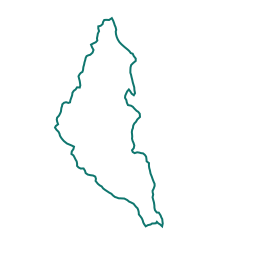 Ipuiúna, Minas Gerais, Brazil (Albers equal-area conic projection), rotated 137°
{"feature_id": "56859067B76298814217950", "entity_name": "Ipuiúna", "entity_type": "district", "adm_level": 2, "iso_a3": "BRA", "parent_name": "Brazil", "parent_adm1": "Minas Gerais", "projection": "albers", "projection_center": [-46.134, -22.005], "detail": "fine", "context": "isolated", "style": "outline", "palette": "teal", "viewbox_px": 256, "rotation_deg": 137, "n_neighbors": 0, "source": "geoboundaries", "source_scale": "gbopen_adm2", "svg_char_len": 2902}
<svg xmlns="http://www.w3.org/2000/svg" viewBox="0 0 256 256"><g transform="rotate(137 128 128)"><path d="M98.2,214.2L99.2,211.7L100.0,208.6L102.5,207.3L105.6,207.3L107.6,208.3L109.3,208.8L111.2,208.1L112.9,206.9L115.0,205.7L116.9,204.3L119.1,203.0L121.3,201.1L123.1,200.1L124.9,200.5L126.7,200.3L128.9,199.6L130.1,197.5L131.2,195.4L132.3,193.8L133.8,191.7L135.7,190.5L137.5,192.5L140.1,191.9L142.1,192.2L144.5,191.7L146.6,190.0L148.7,188.9L151.2,187.6L152.9,186.3L154.5,187.0L155.7,189.1L157.6,190.1L159.9,190.1L161.3,189.0L163.0,188.1L164.5,186.9L165.8,185.8L167.5,185.0L170.0,184.1L172.8,183.9L174.3,182.8L175.4,181.1L176.6,178.4L179.4,178.7L181.1,178.1L181.5,175.5L181.4,172.6L182.0,170.6L183.0,168.8L183.5,166.7L183.7,164.7L183.8,162.3L183.5,160.1L183.2,158.2L182.2,156.0L181.1,153.5L180.2,151.2L182.3,149.8L185.1,149.2L187.1,147.6L186.6,145.2L187.1,143.2L187.9,140.6L188.3,138.6L189.5,136.7L191.1,135.0L191.1,132.9L190.3,130.7L188.1,128.7L188.6,126.1L189.7,123.9L189.2,121.4L187.7,119.2L185.9,117.0L185.1,114.8L186.1,112.7L187.8,111.4L188.1,107.8L187.8,105.3L187.1,103.2L187.4,100.8L187.0,98.5L186.4,96.0L185.8,93.5L185.0,91.2L185.0,88.9L184.6,86.5L183.7,84.9L182.8,83.0L181.0,81.2L178.8,78.9L177.7,75.8L177.4,73.4L176.6,71.6L175.6,68.8L175.8,66.7L175.9,64.8L175.8,62.8L176.5,61.0L177.5,59.2L179.0,57.4L179.2,54.8L179.5,52.5L180.3,50.3L181.3,48.4L181.8,46.4L182.1,44.0L179.7,43.4L177.3,42.0L175.4,41.7L174.0,40.4L172.6,39.3L170.9,39.7L170.9,37.8L170.3,35.7L170.1,32.8L167.7,34.5L166.4,36.3L165.1,38.0L164.6,39.9L163.8,41.8L163.2,45.1L164.6,46.6L164.3,49.5L163.1,51.6L161.6,53.3L159.9,55.7L158.6,58.2L157.3,60.6L154.9,62.2L154.0,63.9L152.9,65.3L150.7,66.1L148.0,67.5L146.6,69.1L145.9,71.2L144.9,73.7L143.7,76.4L142.6,79.3L140.8,82.2L139.8,84.2L138.3,86.3L136.6,88.0L137.1,90.9L135.4,93.1L134.3,94.7L134.0,96.9L134.3,99.2L135.5,100.6L136.6,102.4L137.9,104.0L140.3,105.1L140.9,107.2L140.2,109.0L137.6,109.3L135.3,110.9L134.1,113.4L133.4,115.5L132.3,117.5L130.9,118.7L129.5,120.4L128.0,122.4L126.2,123.8L124.6,124.5L122.5,126.2L120.3,127.0L118.0,127.1L115.3,127.9L111.7,127.9L109.7,130.4L109.5,132.9L110.0,134.7L110.1,138.0L110.0,140.2L110.6,142.3L112.4,144.8L111.5,147.4L110.2,149.5L109.6,152.1L108.0,153.5L105.9,154.4L103.7,155.3L101.1,155.6L101.3,153.5L101.9,150.6L101.4,148.0L99.1,148.7L97.5,151.3L95.7,153.5L94.5,155.9L93.4,158.1L91.9,160.6L90.6,163.0L89.5,164.8L88.6,166.8L86.7,168.8L84.8,170.6L82.7,171.9L79.9,172.0L76.6,171.8L75.0,173.5L74.7,176.8L73.9,179.1L74.9,180.9L74.6,182.9L74.7,185.1L75.0,187.3L75.3,189.5L75.5,191.5L75.7,193.9L75.7,196.7L75.1,199.7L74.1,202.4L72.8,204.8L71.2,206.9L69.7,207.8L68.3,210.2L67.5,212.5L66.7,214.1L65.7,216.5L64.9,219.4L68.2,219.9L70.0,221.8L71.7,223.2L74.0,222.5L75.7,221.3L78.3,221.4L80.4,222.6L81.9,221.0L83.1,218.6L85.7,217.6L87.5,216.2L89.5,214.8L90.8,212.9L93.1,212.7L95.5,213.5L98.2,214.2Z" fill="none" stroke="#0f766e" stroke-width="2"/></g></svg>